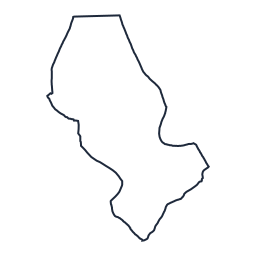 outline of Birkelane, Kaffrine, Senegal
{"feature_id": "50182788B56779252201559", "entity_name": "Birkelane", "entity_type": "district", "adm_level": 2, "iso_a3": "SEN", "parent_name": "Senegal", "parent_adm1": "Kaffrine", "projection": "orthographic", "projection_center": [-15.66, 14.036], "detail": "fine", "context": "isolated", "style": "outline", "palette": "slate", "viewbox_px": 256, "rotation_deg": 0, "n_neighbors": 0, "source": "geoboundaries", "source_scale": "gbopen_adm2", "svg_char_len": 5668}
<svg xmlns="http://www.w3.org/2000/svg" viewBox="0 0 256 256"><path d="M161.4,217.1L161.7,216.8L162.1,216.1L162.5,215.3L162.9,214.3L163.3,213.5L163.6,212.9L163.9,212.1L164.4,211.3L164.7,210.8L164.9,210.1L165.2,209.3L165.6,208.1L165.7,207.4L166.0,206.7L166.7,205.5L167.1,204.8L167.7,204.2L168.6,203.8L169.6,203.3L170.0,203.1L170.6,202.7L171.1,202.6L171.5,202.4L172.2,202.1L173.0,201.7L173.8,201.4L174.6,201.0L175.8,200.4L176.5,200.2L177.5,199.8L178.3,199.7L179.3,199.3L180.4,198.9L180.6,199.0L181.2,198.6L181.7,198.0L182.3,197.2L183.0,196.7L183.5,195.8L184.0,194.9L184.2,194.0L184.7,193.4L185.2,193.0L185.7,192.5L186.5,191.8L190.9,189.3L195.1,186.3L196.0,185.6L197.0,184.8L197.8,183.8L198.9,182.3L199.7,181.7L200.5,181.5L201.0,181.3L201.5,181.3L201.7,180.9L201.9,180.2L201.8,179.3L202.1,178.7L202.4,178.4L202.8,178.1L202.8,177.7L202.6,176.0L202.3,174.7L202.4,173.7L202.6,172.7L202.9,171.7L203.6,170.6L204.4,169.9L207.0,168.1L207.8,167.6L208.4,167.1L208.7,166.5L208.0,165.8L207.6,165.0L207.1,164.1L206.2,162.8L205.8,161.9L205.3,160.9L204.7,159.9L204.2,158.9L203.7,158.2L203.3,157.3L202.5,156.3L202.0,155.6L201.6,154.6L201.1,153.8L200.8,153.1L200.1,152.4L199.8,151.4L199.3,150.7L198.9,149.9L198.4,149.4L198.1,148.6L197.6,147.8L197.2,147.0L196.8,146.3L196.5,145.4L196.1,144.8L195.6,144.4L195.0,144.1L194.3,143.7L193.5,143.2L192.9,143.5L192.1,143.7L191.3,143.9L190.7,144.0L189.8,143.9L189.1,144.0L188.6,144.0L188.4,144.0L188.0,144.2L187.1,144.5L186.5,144.6L185.8,144.8L185.3,144.9L184.1,145.3L182.5,145.6L181.4,145.7L180.4,145.9L179.2,145.8L178.4,146.0L177.5,146.0L176.8,145.9L176.2,145.8L175.4,145.9L174.7,145.8L173.7,145.8L172.8,145.8L172.0,145.5L171.0,145.2L170.0,145.3L168.9,144.9L167.7,144.7L167.1,144.6L166.8,144.3L165.7,144.2L165.0,144.1L164.7,143.9L164.4,143.7L163.5,142.9L162.8,142.6L162.6,142.4L162.0,141.8L161.5,141.1L160.5,139.3L159.6,136.9L159.1,133.6L159.4,129.9L159.5,127.9L160.3,125.7L161.0,123.6L161.3,122.2L161.9,120.7L162.7,118.7L163.6,117.1L164.4,115.3L164.6,114.5L165.2,113.2L165.2,112.6L165.6,111.3L166.3,107.6L166.4,106.9L166.1,106.7L165.5,105.5L165.2,104.4L164.5,103.0L163.9,101.2L163.6,100.0L163.2,98.7L162.5,97.0L162.1,95.3L161.5,93.8L161.4,93.6L160.8,91.7L160.6,90.8L160.5,90.2L160.0,89.3L159.4,88.4L158.9,87.7L158.6,87.2L157.8,86.3L156.9,85.3L156.0,84.6L155.4,83.8L154.5,83.0L153.3,82.0L152.3,81.2L152.2,81.1L151.1,80.1L149.8,78.9L149.7,78.8L149.0,77.9L148.2,76.8L147.4,76.1L146.5,75.5L145.5,74.5L144.5,73.2L143.3,71.8L142.6,70.4L141.9,69.0L141.5,67.8L140.9,66.5L140.4,65.3L139.8,63.9L139.0,62.1L138.4,60.9L137.5,59.3L137.2,58.3L136.6,57.1L136.1,56.3L135.5,54.8L134.5,53.3L133.8,52.0L133.4,50.8L132.9,49.6L132.3,48.6L131.8,47.1L131.3,45.6L130.7,43.9L129.8,42.2L129.3,41.0L128.8,39.6L128.1,38.4L127.5,37.0L127.1,35.5L126.4,34.2L125.9,32.8L125.3,31.2L124.8,30.0L124.3,28.7L123.5,27.0L123.2,26.0L122.8,25.3L122.4,24.4L122.1,23.0L121.6,21.4L121.0,19.8L120.5,18.0L120.0,16.5L119.6,15.4L119.2,15.4L74.3,16.6L73.4,16.8L73.2,16.9L73.1,17.5L73.1,18.1L72.9,18.8L72.6,19.6L72.2,20.7L71.5,22.4L71.1,23.6L70.8,24.8L70.5,26.1L70.1,27.1L69.7,28.7L69.1,29.7L68.7,30.6L68.3,31.3L67.9,32.1L67.5,33.0L66.9,34.3L66.4,35.7L66.0,36.2L65.5,37.5L64.9,38.4L64.3,39.7L63.5,41.0L62.8,42.5L62.7,43.0L61.7,44.7L61.2,46.1L60.5,47.4L59.9,48.6L59.4,49.9L58.8,51.5L58.1,52.9L57.5,54.2L56.9,55.7L56.2,57.2L55.7,58.4L55.2,59.7L54.7,60.8L54.3,62.1L53.6,63.5L53.1,64.4L52.6,65.8L52.3,66.8L51.9,67.8L51.7,68.9L51.6,69.9L51.8,71.3L51.8,72.5L51.8,73.7L51.8,75.4L51.8,76.8L51.8,78.3L51.6,80.2L51.6,82.1L51.7,83.3L51.7,84.5L51.9,86.0L52.0,87.7L52.1,88.8L52.2,90.4L52.4,92.0L52.4,93.1L51.4,93.8L50.4,93.3L48.4,95.1L47.9,95.4L47.6,95.6L47.3,95.8L47.3,96.1L47.5,96.5L47.8,97.3L48.3,97.9L48.5,98.1L48.9,98.4L49.5,99.2L49.6,99.8L49.9,100.6L50.5,101.6L51.4,103.5L52.3,105.7L53.9,107.6L55.2,109.3L56.8,110.4L57.7,111.2L58.8,112.1L59.9,112.9L61.0,113.6L61.9,114.1L62.5,114.3L63.0,114.7L63.5,114.9L64.1,115.3L64.7,116.1L65.1,116.5L66.1,117.1L67.2,117.2L68.2,118.3L68.5,118.5L69.0,118.7L70.1,118.7L71.9,119.2L72.8,119.2L73.6,119.5L74.0,120.6L75.8,120.5L77.3,120.8L77.7,120.8L78.1,120.9L78.7,124.8L78.6,129.2L78.2,133.4L79.7,135.4L80.3,136.3L80.3,140.7L80.3,141.1L80.8,141.9L81.0,144.6L81.0,145.8L83.2,148.0L85.2,150.1L87.2,152.6L91.3,157.0L96.7,160.7L99.9,162.1L102.8,163.9L105.9,165.9L109.2,167.9L112.7,170.2L115.8,172.7L118.8,176.3L120.2,178.5L122.2,181.1L122.2,184.7L121.9,185.8L119.7,191.0L119.2,192.0L117.6,194.1L115.4,196.5L113.6,198.2L112.0,199.7L110.8,200.9L110.7,201.4L110.8,202.7L110.9,203.5L111.0,204.3L111.3,204.7L111.4,205.4L111.7,206.2L111.7,206.6L112.0,207.6L112.0,208.6L112.1,209.3L112.3,210.4L112.5,211.5L112.9,212.3L113.3,213.3L113.7,214.0L113.9,214.5L114.3,215.0L114.6,215.5L115.1,216.1L115.5,216.3L116.2,216.7L117.4,217.0L117.9,217.1L118.9,217.8L119.8,218.1L120.2,218.5L120.8,219.0L121.6,219.5L122.3,220.1L123.1,220.8L123.2,221.2L123.7,221.5L124.2,222.0L125.0,222.4L125.4,222.8L125.9,223.4L126.5,223.7L127.2,224.5L127.6,224.9L128.4,225.4L128.7,226.0L129.6,227.0L129.8,227.6L130.3,228.1L130.3,228.6L130.8,229.4L131.8,230.5L132.8,231.8L133.3,232.3L134.1,233.0L134.3,233.3L134.7,233.7L135.1,234.3L135.6,234.6L136.3,235.0L136.8,235.5L137.2,235.8L137.5,236.0L137.8,236.3L138.4,236.9L138.6,237.2L139.1,237.8L139.6,238.0L140.0,238.6L141.0,239.0L141.8,239.4L142.7,240.1L142.5,240.6L143.3,240.5L144.0,240.4L145.1,239.9L145.9,239.5L146.7,239.1L147.1,238.8L147.5,238.5L148.2,236.7L148.5,235.5L150.2,233.2L151.2,232.6L152.2,232.0L152.8,231.5L153.3,231.1L153.8,230.5L154.1,230.2L154.5,229.0L154.8,228.1L155.1,226.9L155.6,225.8L156.3,224.8L157.1,223.8L157.8,222.8L158.2,221.8L158.6,221.1L159.3,219.8L160.0,218.8L161.1,217.6L161.4,217.1Z" fill="none" stroke="#1e293b" stroke-width="2"/></svg>